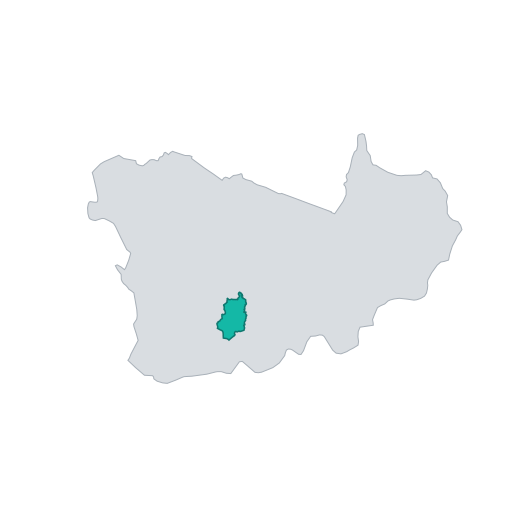 Bam, Bam, Burkina Faso (highlighted), rotated 201°
{"feature_id": "67063806B14953893434288", "entity_name": "Bam", "entity_type": "district", "adm_level": 2, "iso_a3": "BFA", "parent_name": "Burkina Faso", "parent_adm1": "Bam", "projection": "natural_earth1", "projection_center": [-1.611, 13.44], "detail": "fine", "context": "in_parent", "style": "filled", "palette": "teal", "viewbox_px": 512, "rotation_deg": 201, "n_neighbors": 0, "source": "geoboundaries", "source_scale": "gbopen_adm2", "svg_char_len": 7980}
<svg xmlns="http://www.w3.org/2000/svg" viewBox="0 0 512 512"><g transform="rotate(201 256 256)"><path d="M370.2,323.8L358.3,324.4L354.0,325.9L351.4,325.9L351.3,324.7L351.0,323.9L335.9,319.7L325.4,317.3L314.7,314.5L314.1,317.1L312.6,318.7L310.3,318.9L308.7,318.5L307.6,320.4L305.9,323.1L303.4,324.4L301.0,326.0L299.6,327.4L298.6,327.4L296.2,324.1L292.9,323.7L286.8,324.3L284.1,323.4L280.4,322.9L271.6,323.6L257.5,322.3L255.2,323.0L254.6,323.6L240.7,323.8L225.4,323.9L212.6,324.1L201.4,324.2L201.4,323.6L197.8,323.6L197.4,324.7L194.2,338.1L193.8,345.4L195.5,350.0L197.4,352.9L199.5,354.0L199.7,355.7L198.0,357.8L198.2,359.9L200.2,362.2L200.7,364.5L199.6,367.0L199.9,372.9L201.4,382.2L201.4,388.3L200.0,391.0L200.7,395.7L203.4,402.4L203.9,405.3L202.9,406.6L200.6,408.3L198.3,408.2L195.6,404.2L194.4,402.4L192.2,398.3L190.4,394.2L187.9,392.4L185.4,390.7L182.4,385.5L179.5,383.0L176.4,383.7L172.0,382.7L163.0,381.4L153.3,381.8L149.2,383.0L145.3,384.9L135.2,389.1L131.2,391.2L128.2,396.4L124.7,396.3L121.3,394.6L119.2,392.2L114.6,392.8L110.1,390.4L105.9,385.9L102.7,384.4L98.7,381.1L97.6,374.8L95.0,370.4L92.7,364.3L89.2,361.6L85.2,360.1L79.7,360.4L76.0,358.0L73.2,354.4L73.9,351.3L75.2,346.9L75.4,342.7L76.3,335.8L75.8,327.2L74.8,321.2L77.9,318.7L81.4,316.5L83.6,312.4L86.0,303.2L87.0,295.3L86.3,292.4L85.1,290.1L84.2,286.7L83.6,282.5L84.3,278.9L87.0,275.5L90.3,272.7L92.7,271.4L99.1,270.0L107.0,267.9L111.5,265.5L114.9,263.1L116.7,261.3L118.6,257.4L121.7,254.4L124.1,251.4L124.4,243.0L124.4,238.3L122.7,235.6L121.7,233.4L133.4,226.8L133.5,222.2L131.9,217.1L129.6,212.9L128.8,209.3L132.0,205.1L134.9,201.9L137.0,199.2L141.6,195.1L146.4,194.0L150.7,195.6L163.5,205.3L165.7,205.9L168.4,205.1L171.8,202.6L176.2,200.6L177.8,194.1L177.7,184.6L178.7,180.2L181.0,179.5L188.3,181.3L190.2,181.4L192.4,180.8L193.9,179.1L193.9,176.0L193.5,173.3L195.9,164.5L200.3,157.8L209.2,149.5L211.9,147.9L215.2,147.0L231.0,152.7L233.6,151.3L237.4,137.2L241.7,135.9L246.9,135.6L250.2,134.4L252.0,133.4L259.5,128.1L272.8,120.8L279.9,117.6L281.3,116.4L286.5,111.3L293.2,105.3L297.6,104.1L303.5,103.7L307.3,104.7L308.3,106.4L309.6,107.2L317.4,104.7L328.6,108.7L338.2,112.7L337.6,115.2L337.6,119.6L336.8,126.6L335.8,135.0L339.8,140.4L344.6,146.3L345.9,148.6L344.7,154.3L345.5,157.7L348.1,163.3L352.4,170.5L356.8,177.8L359.9,178.8L362.8,179.4L364.6,180.7L367.2,182.0L369.7,182.8L372.0,184.4L373.4,186.0L375.3,190.5L380.3,193.5L383.8,196.5L382.4,198.0L378.0,197.4L373.9,196.1L373.4,198.2L373.3,206.5L373.9,213.5L374.9,214.4L379.0,215.7L388.8,224.7L397.7,233.2L400.7,235.4L405.6,236.2L411.0,236.6L413.4,235.8L418.7,231.5L421.5,231.0L424.1,231.1L425.5,231.8L428.1,235.3L430.5,240.6L431.2,244.5L431.0,246.6L430.2,247.4L425.8,248.4L423.9,249.2L423.5,250.3L424.2,252.9L425.0,254.6L429.8,262.3L436.7,272.5L438.8,275.2L437.7,278.2L434.2,286.2L431.6,289.6L420.1,300.9L414.4,299.6L402.5,301.9L400.7,299.3L397.9,298.9L394.5,299.4L393.2,300.4L392.8,301.5L391.6,303.1L389.4,307.6L387.7,308.7L385.6,309.4L383.0,309.3L381.5,309.9L381.5,312.1L381.0,314.1L379.3,315.1L378.6,317.2L378.7,319.4L377.7,320.3L375.4,319.8L374.1,319.2L372.9,322.0L371.3,323.9L370.2,323.8Z" fill="#d9dde1" stroke="#a8b0b8" stroke-width="1"/><path d="M240.8,184.6L240.9,184.9L241.4,185.4L241.6,185.5L241.8,186.1L242.0,186.3L242.4,186.6L242.5,186.7L242.6,186.8L242.6,187.1L242.4,187.3L242.1,187.4L242.0,187.5L241.9,187.7L241.8,187.8L241.9,188.0L242.0,188.4L242.1,188.5L242.5,188.7L242.7,188.8L243.1,190.4L243.1,190.6L243.1,190.8L242.9,191.2L242.7,191.5L242.6,192.0L242.7,192.3L242.8,192.6L243.1,193.1L243.2,193.3L243.2,193.6L243.1,194.0L243.0,194.3L243.1,194.5L243.2,194.8L243.3,195.1L243.6,195.5L243.5,196.1L243.6,196.3L243.7,196.5L243.4,196.7L243.4,196.8L243.4,197.1L243.5,197.4L243.6,197.5L243.8,197.6L244.1,197.6L244.3,197.7L244.4,197.8L244.6,197.9L244.7,198.0L244.8,198.1L245.0,198.4L245.1,198.5L245.3,198.9L245.3,199.3L245.2,199.5L245.3,199.8L245.4,200.0L245.5,200.0L245.8,199.8L246.4,199.4L246.7,199.2L247.1,199.2L247.2,199.3L247.1,199.5L247.1,199.9L247.0,200.3L247.1,200.5L247.2,201.1L247.3,201.2L247.2,201.5L247.3,201.7L247.6,201.7L247.7,201.8L247.8,201.9L248.0,202.0L247.9,202.2L247.8,202.3L247.7,202.3L247.6,202.2L247.5,202.3L247.5,202.5L247.6,202.8L247.7,203.2L247.9,203.6L248.1,203.7L248.2,204.0L248.4,204.2L248.4,204.4L248.5,204.6L248.4,205.3L248.3,205.5L248.1,205.6L248.1,205.8L248.1,206.0L248.3,206.2L248.4,206.5L248.5,206.6L248.6,206.8L248.1,207.1L247.9,207.4L247.8,207.7L247.9,208.0L248.2,208.3L248.3,208.6L248.5,208.9L248.6,209.0L249.0,209.1L249.2,209.4L249.2,209.7L249.4,209.9L249.4,210.0L249.4,210.3L249.8,210.9L249.9,211.2L250.1,211.5L250.4,211.4L251.4,211.8L251.8,211.8L252.3,211.7L252.6,211.7L253.0,212.2L253.2,212.3L253.4,212.3L253.5,212.2L253.8,212.1L254.0,212.2L254.3,212.4L254.3,212.5L254.4,212.8L254.4,213.3L254.6,213.5L254.7,213.4L254.8,213.4L254.9,213.6L255.0,213.6L255.0,214.1L255.0,214.4L254.9,214.4L254.9,214.5L254.7,214.5L254.8,214.6L254.9,214.8L255.0,214.7L255.1,214.4L255.2,214.5L255.4,214.8L255.4,215.0L255.5,215.2L255.6,215.4L255.8,215.5L255.9,215.4L256.0,215.5L256.4,215.4L256.5,215.5L256.4,215.7L256.5,215.8L256.6,216.0L256.9,216.1L257.0,216.0L257.4,216.0L257.8,216.0L258.1,215.8L258.2,216.1L258.2,216.3L258.3,216.3L258.5,216.2L258.8,215.7L258.9,215.2L258.9,214.8L258.8,214.3L258.4,213.7L258.1,213.5L257.6,213.2L257.0,213.0L256.9,213.0L256.9,212.8L257.0,212.3L257.0,212.0L257.0,211.8L257.1,211.6L257.2,211.1L257.5,210.6L257.6,210.3L257.7,210.1L257.7,209.9L257.7,209.6L257.6,209.3L257.5,209.0L257.6,208.9L257.6,208.7L257.8,208.5L258.0,208.5L258.4,208.5L258.7,208.5L258.9,208.3L259.3,208.0L259.5,208.0L259.9,207.9L260.5,207.7L261.0,207.4L261.4,207.4L261.9,207.1L262.3,207.0L263.1,207.1L263.4,206.9L264.2,206.2L264.7,205.9L265.2,205.7L265.9,205.5L266.0,205.5L266.3,205.6L266.5,205.8L266.7,206.0L266.8,206.1L267.3,206.2L267.5,206.2L267.6,205.9L267.6,205.7L267.4,205.5L267.1,204.6L267.0,204.1L267.0,203.6L266.9,203.4L266.7,203.0L266.4,202.7L266.5,202.6L266.6,202.3L266.7,202.2L266.8,202.1L266.9,201.8L266.9,201.5L266.9,201.4L267.0,201.1L267.1,200.9L267.7,200.4L267.7,200.2L267.8,199.8L267.9,199.6L268.0,199.4L268.3,199.2L268.6,198.9L268.6,198.5L268.5,198.4L268.2,198.1L268.1,197.9L267.8,197.9L267.7,197.8L267.7,197.7L267.6,197.4L267.4,197.3L267.4,197.1L267.3,196.9L267.3,196.6L267.2,196.4L267.1,196.2L266.9,195.8L266.9,195.7L266.9,195.4L266.8,195.1L266.8,194.9L266.6,194.7L266.4,194.5L266.2,194.5L266.1,194.4L266.0,194.2L265.5,194.0L265.4,193.8L265.3,193.6L264.5,192.7L264.4,192.4L264.3,192.0L264.2,191.6L264.0,191.4L264.0,191.2L264.1,190.9L264.3,190.7L265.1,189.8L265.3,189.6L266.0,189.6L266.4,189.6L266.6,189.4L266.8,189.1L266.8,188.8L266.3,188.0L266.3,187.7L266.2,187.4L266.1,187.2L265.6,186.3L265.3,185.8L265.2,185.6L265.1,185.4L265.5,185.0L265.8,184.7L266.0,184.3L266.3,183.6L266.4,183.2L266.4,182.6L266.5,182.4L266.7,182.2L266.9,181.9L267.6,181.3L267.8,181.1L267.8,180.8L267.8,180.6L267.6,180.4L267.6,180.2L267.8,179.8L268.1,179.4L268.3,179.2L268.1,178.6L268.0,178.4L267.4,177.6L266.4,176.3L266.2,176.0L266.1,175.8L266.1,175.2L266.2,174.8L265.8,174.6L265.1,174.5L264.5,174.4L264.0,174.4L263.0,174.2L262.1,174.2L261.2,174.1L260.9,174.1L260.4,173.9L260.1,173.6L259.7,173.2L259.3,172.8L259.1,172.3L258.3,170.6L258.0,169.7L257.6,168.9L257.4,168.4L257.1,167.7L256.3,167.8L255.6,168.0L253.6,168.4L253.3,168.4L251.7,168.1L251.3,167.9L251.1,167.8L250.9,168.2L250.3,169.4L249.8,170.3L249.1,171.6L248.7,172.2L248.3,173.0L248.2,173.2L248.2,173.3L247.9,173.4L247.8,173.5L247.6,173.9L247.6,174.2L247.5,174.3L247.4,174.6L247.4,174.8L247.5,175.2L247.6,175.3L248.0,175.5L248.3,175.8L248.4,176.1L248.4,176.3L248.5,176.7L248.5,176.8L248.4,177.2L248.4,177.7L248.3,177.9L248.2,178.1L247.6,178.4L246.7,178.3L246.4,178.4L246.2,178.5L245.2,179.6L244.9,179.8L244.5,179.7L244.4,179.7L244.2,179.7L244.0,179.8L243.6,179.9L242.6,180.7L242.1,181.1L241.4,181.7L240.8,182.2L240.6,182.4L240.6,182.5L240.6,182.8L240.7,183.1L240.8,183.3L240.8,183.5L240.8,183.8L240.9,184.3L240.8,184.6Z" fill="#14b8a6" stroke="#0f766e" stroke-width="1.5"/></g></svg>